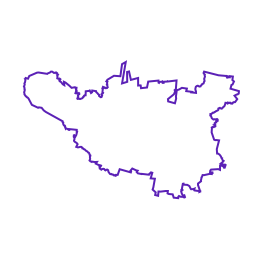 outline of Salamanca, Guanajuato, Mexico, rotated 275°
{"feature_id": "50627088B5946964256330", "entity_name": "Salamanca", "entity_type": "district", "adm_level": 2, "iso_a3": "MEX", "parent_name": "Mexico", "parent_adm1": "Guanajuato", "projection": "albers", "projection_center": [-101.157, 20.652], "detail": "fine", "context": "isolated", "style": "outline", "palette": "violet", "viewbox_px": 256, "rotation_deg": 275, "n_neighbors": 0, "source": "geoboundaries", "source_scale": "gbopen_adm2", "svg_char_len": 5833}
<svg xmlns="http://www.w3.org/2000/svg" viewBox="0 0 256 256"><g transform="rotate(275 128 128)"><path d="M62.5,184.1L63.9,184.1L64.7,184.7L64.1,186.3L64.2,188.6L63.7,190.0L63.8,190.5L64.1,190.8L65.9,190.0L65.5,189.0L66.0,188.2L67.4,187.3L69.4,186.5L70.2,187.0L70.4,186.6L70.8,186.5L71.2,187.6L72.2,187.0L77.2,187.5L77.4,188.2L76.4,188.5L76.5,192.1L75.5,194.2L73.0,195.7L72.5,196.2L72.9,198.5L73.4,199.5L72.1,199.2L71.6,199.6L71.4,202.8L71.6,204.0L71.4,203.9L70.9,204.7L71.5,204.8L71.4,205.3L70.8,205.1L71.0,205.5L77.3,202.7L78.8,202.6L81.3,205.4L82.3,205.2L83.9,205.5L85.2,205.5L85.6,205.9L87.6,206.4L87.7,208.0L89.4,213.3L89.4,215.4L90.4,215.2L90.5,216.1L91.1,216.0L91.0,213.6L92.8,213.7L93.8,214.4L94.9,221.5L94.3,223.3L98.6,223.0L98.8,224.9L98.5,224.9L98.2,226.2L96.8,227.1L96.9,227.8L99.4,228.4L99.4,228.0L99.9,227.9L99.8,226.6L100.6,223.5L103.0,225.9L103.5,226.1L103.7,225.4L105.8,224.2L106.1,224.3L106.3,223.7L107.7,223.1L109.4,221.6L110.3,220.1L110.3,219.0L114.7,218.3L123.6,219.8L123.7,216.9L123.5,216.0L123.9,214.8L130.9,211.7L135.4,211.6L135.8,211.4L136.4,212.2L136.3,213.3L136.7,213.7L136.9,214.4L137.3,214.9L137.9,214.8L138.6,213.5L139.2,214.5L140.3,213.9L141.1,214.6L141.3,215.4L142.5,215.2L142.9,215.4L143.0,215.7L142.7,216.2L142.9,216.7L143.9,216.7L144.4,216.4L144.7,215.9L144.2,214.5L144.3,213.6L143.9,212.4L144.1,212.0L145.1,210.6L147.3,209.6L147.6,208.9L149.1,208.9L149.1,209.8L150.6,211.0L150.6,212.0L151.5,212.8L151.7,213.5L152.3,214.0L153.5,216.1L154.0,216.4L155.2,216.3L155.5,217.1L155.9,217.2L156.1,217.8L155.8,218.2L155.4,219.3L155.5,219.8L156.0,220.0L156.4,220.6L157.4,221.2L157.9,222.0L159.7,222.6L161.6,222.9L161.6,224.4L161.0,225.0L161.3,225.5L162.0,225.5L161.7,226.6L162.2,227.4L162.0,228.0L161.6,228.1L161.3,228.5L161.4,229.8L162.4,230.2L162.6,230.9L163.0,231.2L163.1,232.4L166.3,234.3L169.5,231.3L170.8,233.3L171.1,234.4L171.9,235.0L172.0,235.3L174.4,235.3L176.1,226.7L179.9,227.3L180.5,228.4L183.6,229.5L184.9,227.8L188.4,228.0L188.5,225.0L187.4,225.0L187.4,224.0L188.1,223.8L188.3,222.5L187.0,223.0L186.8,222.4L188.4,221.3L188.4,213.6L190.8,198.9L189.4,198.5L188.9,198.7L187.9,199.9L186.9,199.8L185.9,200.2L183.6,199.6L181.5,200.2L180.9,199.8L179.0,199.4L177.9,197.7L177.3,197.6L176.3,196.7L175.8,196.6L175.5,195.4L176.2,193.9L175.9,193.0L175.0,192.0L173.3,191.7L172.0,191.8L170.5,192.5L168.9,192.7L169.0,188.2L169.6,188.5L169.8,182.8L172.4,183.2L172.7,178.2L170.8,175.5L169.9,173.3L163.5,173.0L161.6,173.4L156.7,172.6L158.0,165.7L160.3,165.3L165.5,170.7L166.1,171.0L169.0,171.8L169.8,171.2L170.1,171.5L169.9,172.3L179.6,172.2L177.8,163.7L178.0,163.3L177.7,163.1L177.2,159.6L176.1,159.6L176.0,158.6L177.0,158.4L177.4,158.1L177.0,157.6L176.6,154.8L175.7,154.8L175.8,154.5L177.9,154.2L176.0,144.1L170.0,143.4L168.8,137.5L171.5,136.9L171.5,136.1L171.2,134.4L178.7,133.7L176.2,126.7L184.4,124.1L183.7,122.2L173.9,123.2L171.9,118.2L193.5,120.0L191.1,116.5L178.9,115.9L178.8,109.5L174.3,103.3L172.6,102.4L172.3,103.4L171.6,103.2L170.1,103.4L169.8,103.2L169.5,103.5L169.1,103.3L168.8,103.6L166.8,104.2L166.6,103.8L166.0,103.6L165.7,102.4L166.0,102.1L166.0,101.6L166.3,101.3L165.9,100.8L166.5,100.3L166.8,99.5L165.0,99.0L164.5,99.5L161.3,99.4L160.9,100.1L160.3,99.9L160.0,99.3L159.2,98.6L158.1,99.4L156.5,98.9L156.3,98.1L157.4,96.4L158.6,96.2L159.2,95.2L159.7,94.9L161.0,93.2L161.9,93.0L162.2,89.1L160.5,89.1L159.6,88.1L162.0,86.6L161.6,86.1L160.9,82.7L156.9,82.9L156.8,82.0L156.4,81.8L156.3,81.4L155.4,81.2L155.2,80.7L154.8,80.7L153.7,79.9L152.7,77.8L152.8,75.9L152.6,75.2L152.8,75.0L153.5,75.4L154.1,75.2L154.5,75.8L156.0,75.3L157.2,76.1L157.4,76.5L157.7,76.5L158.3,76.4L158.6,76.0L157.8,75.0L158.4,74.4L157.9,73.4L158.1,72.6L159.9,73.0L159.7,73.7L161.1,73.5L161.4,72.9L162.0,72.9L162.5,72.6L163.1,73.2L163.6,73.2L163.6,72.2L164.0,71.6L163.1,68.3L165.1,65.8L167.8,61.8L168.4,60.2L165.1,60.8L165.9,59.2L167.7,57.6L168.3,56.8L168.5,56.1L169.1,55.5L170.7,56.4L171.1,55.9L171.3,55.3L170.9,54.5L171.3,53.2L172.9,53.3L173.9,52.9L175.0,53.6L175.3,53.1L176.1,52.8L176.0,52.3L176.7,52.2L177.1,51.6L176.9,50.8L176.6,50.7L176.4,49.4L177.5,47.7L177.5,46.4L176.4,45.3L175.4,43.3L174.9,42.9L175.5,34.1L175.2,32.5L171.2,25.1L168.4,24.1L168.9,21.7L168.1,21.5L167.9,21.2L167.6,21.5L166.8,21.6L164.5,21.4L163.4,20.9L162.5,21.3L160.7,21.0L160.4,20.7L158.7,21.5L157.8,21.4L157.3,21.8L156.1,21.8L154.6,21.4L153.5,21.8L152.5,21.9L150.6,23.5L150.5,24.1L149.8,24.6L149.5,25.5L148.6,26.4L142.7,30.2L140.3,36.7L140.8,37.4L140.6,40.2L138.2,42.5L136.8,44.8L129.0,62.3L128.2,62.3L127.8,63.0L127.2,62.9L125.9,63.3L125.1,63.9L124.9,64.8L124.4,65.2L123.9,65.3L123.9,65.0L121.9,66.0L122.2,66.2L122.2,66.6L121.5,68.3L121.0,69.0L121.0,69.6L121.8,69.5L121.7,77.1L119.8,77.2L119.8,77.6L116.6,77.1L114.3,76.1L114.2,75.5L116.1,75.0L116.0,74.7L114.5,74.7L113.2,75.6L111.9,75.6L111.0,75.3L110.4,75.4L109.7,76.1L108.6,78.2L107.5,79.2L104.7,78.1L104.3,79.8L105.1,82.4L105.1,83.4L103.8,84.3L104.0,84.7L103.0,85.9L103.0,86.5L101.5,88.4L101.1,89.5L100.0,90.6L99.9,91.2L99.2,91.7L97.9,92.1L97.6,92.8L97.0,93.0L96.4,92.6L95.6,92.6L93.9,93.0L92.3,92.5L91.5,93.5L91.1,94.7L91.4,94.8L91.2,98.0L91.5,100.0L89.7,99.0L88.7,101.6L88.3,104.3L88.1,104.5L87.1,103.9L87.5,102.8L85.1,103.4L84.8,104.4L84.2,105.0L84.5,105.3L85.2,106.8L85.1,107.7L84.9,108.1L84.2,108.5L83.8,109.2L84.8,110.7L84.7,111.2L84.2,111.9L82.7,112.3L80.7,114.0L80.4,115.3L80.7,115.7L80.2,116.6L80.3,117.2L79.6,118.0L79.9,118.9L79.3,119.5L79.3,119.9L80.3,120.2L80.4,121.8L86.2,123.3L84.0,134.7L85.1,134.9L85.7,134.2L88.0,135.8L86.5,139.9L86.3,141.3L84.9,140.5L83.7,141.8L83.3,145.6L83.5,145.7L83.3,152.9L83.9,153.0L84.7,153.7L84.7,154.1L85.8,154.8L85.5,156.1L79.8,155.0L79.8,159.2L71.0,158.4L68.8,157.9L66.3,161.2L63.6,160.9L63.1,163.9L67.4,163.9L67.5,166.2L68.5,170.9L68.7,173.2L66.3,173.1L65.8,174.5L65.8,178.3L62.6,179.6L62.5,184.1Z" fill="none" stroke="#5b21b6" stroke-width="2"/></g></svg>